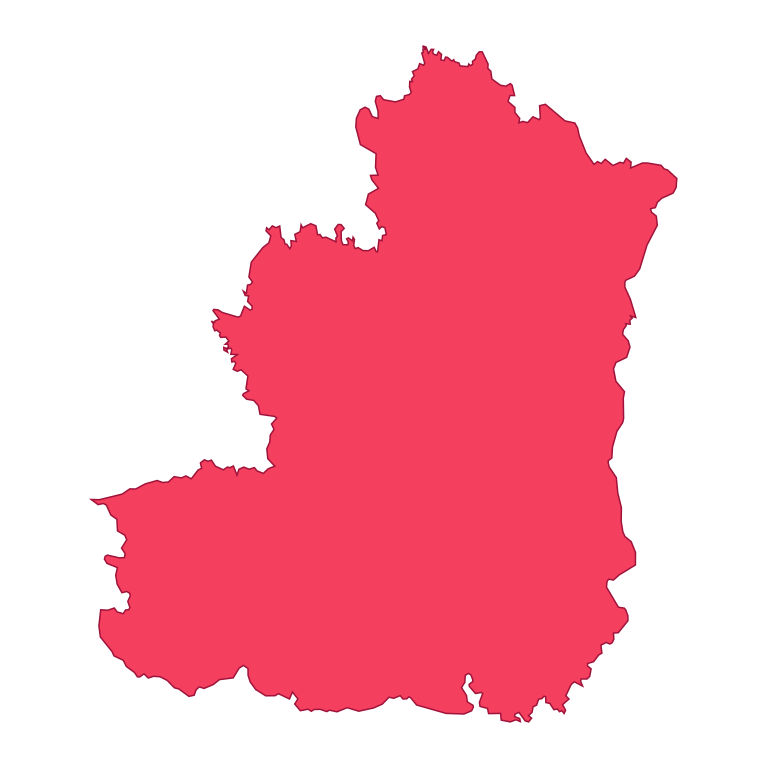 Betafo, Vakinankaratra, Madagascar
{"feature_id": "10022922B74688195218658", "entity_name": "Betafo", "entity_type": "district", "adm_level": 2, "iso_a3": "MDG", "parent_name": "Madagascar", "parent_adm1": "Vakinankaratra", "projection": "robinson", "projection_center": [46.435, -19.892], "detail": "fine", "context": "isolated", "style": "filled", "palette": "rose", "viewbox_px": 768, "rotation_deg": 0, "n_neighbors": 0, "source": "geoboundaries", "source_scale": "gbopen_adm2", "svg_char_len": 6068}
<svg xmlns="http://www.w3.org/2000/svg" viewBox="0 0 768 768"><path d="M667.5,169.9L664.3,169.0L661.0,165.3L647.4,163.0L642.5,163.0L630.6,168.0L631.1,162.1L626.3,158.4L623.5,163.2L619.9,162.3L613.0,165.5L605.2,159.3L601.2,163.5L597.5,161.6L594.0,164.4L586.1,153.0L579.3,135.9L577.6,128.0L574.8,123.0L565.0,120.9L545.4,104.3L539.6,105.7L540.3,117.8L539.3,119.7L532.9,116.8L527.6,122.6L522.6,121.4L518.9,122.8L519.7,118.4L514.9,112.5L514.9,107.4L508.0,101.5L510.0,95.5L514.6,95.6L512.1,85.2L510.4,83.6L505.8,86.2L500.4,85.2L491.9,79.0L490.8,71.2L487.8,68.3L488.1,64.1L482.2,51.8L479.3,51.8L476.3,55.2L475.4,59.1L472.5,61.3L472.6,64.4L470.3,65.6L468.8,64.0L467.9,66.6L460.1,65.9L459.0,63.1L454.7,61.7L453.7,59.7L451.8,61.1L447.6,57.4L445.5,57.1L444.3,60.5L440.9,59.9L441.5,54.3L438.5,51.7L436.7,55.3L433.5,54.1L432.6,52.0L433.6,49.4L431.2,49.3L428.4,53.4L426.1,47.1L423.3,46.1L422.8,46.9L426.1,49.3L422.9,49.1L423.2,52.4L421.8,53.0L424.7,63.3L423.6,65.3L419.7,63.6L417.9,68.9L412.5,71.6L414.2,75.9L411.6,79.0L412.3,81.6L409.8,81.3L409.5,87.0L411.2,92.4L409.5,94.5L404.5,95.8L403.9,99.2L395.5,101.9L383.6,99.7L380.3,95.7L376.5,96.4L375.3,101.2L378.0,111.2L378.2,118.4L372.3,116.7L368.9,109.2L365.1,107.2L360.2,109.8L356.4,118.2L355.8,126.9L360.4,144.6L376.1,153.7L375.5,167.3L378.1,175.1L370.5,175.4L371.8,179.7L378.5,188.4L368.4,194.1L365.6,204.7L375.4,213.3L378.8,220.8L376.8,223.2L379.3,228.9L381.7,226.6L384.9,227.7L386.3,234.6L382.6,235.5L381.9,240.8L379.0,239.7L377.5,251.8L376.2,251.7L374.2,247.3L368.4,250.7L363.0,250.6L358.1,247.6L355.2,248.6L353.7,245.4L354.5,239.5L353.1,237.2L352.4,240.8L348.4,237.9L346.6,238.8L348.4,242.2L347.8,244.8L343.0,244.7L341.4,240.8L341.1,231.6L344.2,228.4L341.1,224.6L338.1,224.5L334.7,229.1L337.4,236.0L335.9,238.1L336.0,241.8L326.0,237.2L322.4,237.8L320.0,234.5L317.6,234.8L315.9,225.8L310.7,223.7L302.6,227.8L301.1,224.8L300.1,231.7L294.8,234.4L296.3,241.4L290.9,240.6L291.3,246.1L289.8,248.7L286.8,244.3L285.0,243.9L284.0,239.8L281.1,237.6L279.7,226.0L276.0,227.7L272.3,225.9L269.0,229.8L266.7,227.8L266.0,230.8L270.8,235.8L268.9,242.8L263.0,247.4L251.3,262.1L248.9,277.0L252.5,282.0L250.6,284.4L247.5,285.1L246.4,293.3L243.4,291.2L245.2,295.5L248.6,295.9L247.6,301.5L252.1,306.2L252.0,309.4L250.1,310.1L244.4,306.2L240.6,315.9L238.2,317.2L222.3,312.5L218.2,309.9L213.8,309.4L213.0,310.6L219.3,319.1L215.0,320.9L214.5,322.5L211.4,321.1L213.3,323.5L213.1,327.0L214.8,330.8L216.7,330.1L220.4,333.1L219.5,335.5L220.7,337.4L225.9,337.1L228.8,341.0L225.3,344.2L227.7,344.1L228.6,346.8L226.4,348.5L223.8,347.3L223.9,350.1L227.6,352.2L226.5,349.3L230.8,348.2L231.7,349.9L230.8,354.3L237.3,354.6L231.4,358.8L231.9,362.1L234.4,361.3L235.8,363.3L233.2,369.3L237.3,371.3L241.1,369.8L247.9,376.0L246.0,388.8L248.9,390.8L243.4,393.7L242.7,395.4L246.6,399.2L253.7,400.4L258.4,405.7L260.0,414.3L274.6,416.4L276.8,418.1L271.5,424.0L274.0,429.4L270.3,435.0L269.8,442.0L266.8,448.8L267.8,458.7L274.8,466.2L268.3,468.7L263.3,473.4L256.9,470.8L254.4,467.6L249.1,469.2L243.7,467.1L238.9,469.3L237.0,475.1L233.4,466.0L229.7,467.7L227.5,467.0L223.3,469.8L215.4,466.2L211.4,460.1L208.0,461.3L204.4,459.8L200.4,462.9L201.6,468.3L198.1,470.0L191.3,478.8L185.9,475.9L181.5,477.9L174.1,476.7L168.4,482.0L162.6,482.5L157.1,480.5L145.2,483.9L135.7,489.0L129.8,488.9L122.2,494.1L99.3,499.7L91.2,499.5L98.1,504.6L103.4,503.5L106.4,505.1L110.9,515.1L116.9,519.3L117.5,530.9L124.8,535.2L126.7,539.8L121.5,548.2L125.1,553.5L124.5,557.6L119.5,557.9L107.4,555.1L105.2,556.3L104.4,559.1L107.0,563.4L117.4,567.6L115.7,575.3L117.2,584.2L121.9,592.7L126.8,591.5L129.9,593.5L130.2,596.1L127.8,601.4L129.9,607.5L128.7,609.7L125.6,610.0L123.2,613.7L117.1,611.9L114.3,608.0L107.9,610.2L100.7,609.8L98.9,625.9L100.4,637.0L112.0,651.5L114.0,655.9L123.3,660.3L126.3,666.4L134.5,672.5L137.4,676.8L139.6,677.0L144.0,673.9L148.3,678.0L153.7,676.3L160.2,676.8L167.2,680.4L174.4,687.8L178.9,689.0L189.0,696.4L194.2,695.2L196.0,690.0L199.2,686.9L204.1,688.4L213.2,684.6L219.5,679.6L233.2,677.9L239.1,668.2L243.4,665.4L248.0,668.5L248.1,675.4L250.2,681.9L255.7,689.5L265.7,695.8L275.0,695.7L278.5,693.7L289.5,699.0L292.4,692.0L297.9,698.9L294.7,704.0L300.3,710.7L308.2,709.2L311.3,711.3L314.1,709.5L320.1,709.3L326.8,711.6L329.5,710.2L337.0,711.8L347.2,707.7L358.8,711.2L373.8,707.9L382.3,704.1L389.0,697.2L393.7,698.3L400.2,695.7L403.0,699.0L406.7,698.8L408.8,696.8L410.8,697.9L416.6,705.0L446.1,713.4L464.0,714.0L471.6,710.8L473.3,707.3L473.1,705.4L467.3,701.8L466.5,695.5L461.5,687.6L464.8,682.4L465.3,675.4L468.3,673.4L470.9,674.8L472.8,679.8L472.7,681.6L469.1,684.3L469.3,686.4L475.5,693.5L481.3,692.5L482.7,693.5L479.4,702.4L480.0,706.4L487.5,708.4L488.6,713.6L500.6,713.4L501.2,720.1L510.2,721.9L515.9,719.8L520.3,721.6L519.7,718.5L514.6,716.6L515.0,714.1L519.0,712.4L525.2,720.9L528.6,721.9L531.6,718.2L528.5,715.6L532.0,712.4L533.1,706.8L536.6,705.1L538.6,699.2L541.9,698.6L544.1,696.2L545.6,696.8L545.9,702.6L549.8,703.4L553.9,709.7L557.3,709.0L559.5,711.7L561.8,710.7L564.1,713.5L565.6,710.3L562.6,704.6L569.0,699.0L565.8,695.8L571.1,684.6L574.3,681.8L582.6,686.1L580.6,681.4L581.1,679.0L587.0,679.0L589.7,676.4L591.1,668.8L587.6,666.0L587.6,663.5L593.6,661.7L598.7,655.0L601.9,653.1L600.9,645.1L606.3,642.5L609.8,644.0L612.1,642.8L613.8,639.4L613.5,633.1L618.3,632.7L627.9,620.8L627.9,615.8L625.7,609.8L624.2,608.1L618.4,607.2L606.5,587.2L607.0,581.6L608.6,579.2L613.5,580.0L619.3,574.8L635.4,565.0L635.5,552.4L631.2,541.7L624.9,536.5L622.9,532.0L621.2,521.6L621.4,507.7L617.8,493.1L616.3,477.6L609.2,467.0L608.2,462.8L608.3,460.7L611.8,458.0L612.5,447.0L616.9,431.4L622.7,422.5L623.6,418.5L623.3,398.2L624.5,391.7L615.9,381.3L613.5,368.9L616.0,362.4L626.6,357.4L630.0,347.2L628.2,340.8L622.6,334.3L623.4,329.5L626.2,325.7L625.7,323.8L630.2,324.2L629.8,320.3L632.2,318.1L630.6,316.0L635.8,317.5L630.4,299.4L624.9,287.2L624.8,282.7L625.7,280.3L634.5,276.1L639.7,268.9L647.0,245.1L657.3,225.3L656.3,216.1L651.4,212.1L650.6,208.7L655.4,207.6L657.3,202.4L661.8,198.2L673.1,193.1L676.1,187.5L676.8,178.5L667.5,169.9Z" fill="#f43f5e" stroke="#9f1239" stroke-width="1.5"/></svg>